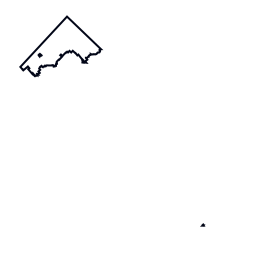 Unincorporated NSW, New South Wales, Australia, rotated 46°
{"feature_id": "25037944B59579883363479", "entity_name": "Unincorporated NSW", "entity_type": "district", "adm_level": 2, "iso_a3": "AUS", "parent_name": "Australia", "parent_adm1": "New South Wales", "projection": "orthographic", "projection_center": [147.013, -31.429], "detail": "fine", "context": "isolated", "style": "outline", "palette": "ink", "viewbox_px": 256, "rotation_deg": 46, "n_neighbors": 0, "source": "geoboundaries", "source_scale": "gbopen_adm2", "svg_char_len": 3294}
<svg xmlns="http://www.w3.org/2000/svg" viewBox="0 0 256 256"><g transform="rotate(46 128 128)"><path d="M52.4,92.7L5.5,94.5L9.3,163.0L12.7,163.2L12.7,162.9L13.3,162.9L13.3,163.3L13.8,163.3L14.2,157.3L16.5,157.5L16.4,158.9L22.8,159.3L22.5,158.4L23.6,158.5L23.6,158.8L24.5,158.8L25.2,158.9L25.2,159.0L25.5,159.0L25.5,158.8L25.8,158.9L25.9,158.7L25.9,158.8L26.1,158.8L26.1,158.6L26.1,158.4L26.0,158.2L26.3,158.0L26.3,157.8L26.3,157.7L26.5,157.7L26.8,157.5L26.8,157.4L27.0,157.3L27.0,157.2L27.2,156.9L27.1,156.7L27.0,156.3L26.9,156.2L27.0,156.2L26.9,156.1L26.9,155.9L27.0,155.8L27.1,155.7L26.9,155.7L26.9,155.8L26.9,155.6L27.0,155.6L26.9,155.6L27.0,155.5L27.1,155.4L26.9,155.3L26.9,155.2L26.7,155.2L26.8,155.1L27.0,154.9L26.9,154.8L26.9,154.7L26.9,154.4L26.7,154.2L26.7,154.3L26.6,154.2L26.9,153.9L27.0,153.7L26.9,153.6L27.0,153.5L27.1,153.4L27.1,153.2L25.1,153.1L25.2,151.7L25.2,150.8L23.6,150.7L23.4,150.0L23.2,149.6L23.3,149.5L23.3,149.4L23.2,149.1L23.3,148.8L23.0,148.6L23.1,147.8L23.2,147.0L24.8,147.1L25.1,147.0L25.0,146.7L24.9,146.7L25.0,146.7L25.1,146.4L25.2,146.2L25.2,145.8L25.3,145.6L25.6,145.5L25.5,144.5L26.2,144.6L26.5,144.4L26.5,143.0L28.4,141.1L30.6,138.8L30.4,138.6L31.0,138.1L31.3,138.0L31.6,138.3L31.8,138.3L31.8,138.5L32.2,138.8L32.8,138.0L32.3,137.6L32.8,136.9L33.2,136.6L32.2,135.6L32.3,135.1L32.1,135.1L31.7,134.8L31.9,134.5L32.2,134.3L30.8,133.2L30.7,130.4L31.1,130.3L30.9,126.1L28.6,126.2L28.6,125.2L30.7,125.1L30.5,121.9L30.5,120.5L30.8,120.5L30.8,118.8L32.0,118.7L31.9,116.5L34.2,116.4L34.1,114.1L37.8,113.9L37.8,113.7L40.6,114.0L40.7,112.7L46.7,113.3L46.7,113.1L48.0,113.1L47.9,113.6L47.8,113.8L49.0,113.9L48.7,114.7L48.8,114.8L49.2,115.3L49.6,115.0L49.6,114.9L50.2,114.5L50.0,114.3L52.1,112.6L50.3,112.4L50.6,109.8L48.3,109.6L48.2,109.5L48.3,109.4L48.5,109.3L48.7,109.1L48.8,108.9L49.0,108.8L49.1,108.6L49.1,108.4L49.1,108.2L49.1,107.9L49.1,107.7L49.1,107.4L49.2,107.1L49.3,107.0L49.2,106.9L49.3,106.8L49.2,106.7L49.2,106.4L49.1,106.2L49.0,105.9L48.9,105.8L48.8,105.7L48.9,105.3L49.0,105.3L49.0,105.2L49.2,104.7L49.0,104.4L49.2,104.1L49.2,103.8L49.1,103.7L49.5,103.7L49.8,103.3L49.9,103.2L49.9,102.9L50.0,102.9L50.3,102.7L50.4,102.4L50.5,102.2L50.9,101.8L51.0,101.8L51.2,101.5L51.2,101.4L51.3,101.4L51.5,101.2L51.6,100.9L51.8,100.8L52.0,100.7L52.3,100.4L52.3,100.2L52.5,100.0L52.5,99.9L52.6,99.7L52.8,99.5L52.8,99.3L52.8,99.1L52.9,98.8L52.9,98.5L52.9,98.4L52.8,98.2L52.7,98.1L52.6,97.7L52.8,97.3L52.8,97.2L53.0,97.1L53.2,96.9L53.3,96.7L53.2,96.7L53.3,96.5L53.4,96.4L53.5,96.3L53.4,96.2L53.5,95.8L53.5,95.7L53.6,95.3L53.6,95.2L53.4,94.8L53.2,94.6L53.1,94.4L52.8,94.4L52.7,94.4L52.4,94.5L52.1,94.4L51.9,94.1L51.9,93.8L52.0,93.5L52.0,93.4L52.0,93.2L52.2,92.9L52.3,92.8L52.4,92.7ZM13.5,140.7L13.5,139.9L15.4,139.7L15.5,139.7L15.4,140.0L15.5,140.1L15.3,140.2L15.3,140.4L15.2,140.7L15.3,141.6L14.5,141.7L14.5,141.8L14.4,141.8L14.5,141.9L14.4,141.9L14.2,141.8L14.2,141.7L13.5,141.7L13.3,141.4L13.5,141.2L13.5,140.7ZM250.0,141.1L250.2,141.4L250.1,141.5L250.1,141.8L250.0,142.0L249.9,142.1L250.0,142.2L250.0,142.3L250.1,142.2L250.3,142.0L250.3,141.9L250.5,141.8L250.5,141.7L250.4,141.8L250.5,141.7L250.4,141.7L250.2,141.4L250.2,141.2L250.1,140.9L249.8,140.9L249.7,140.9L249.7,141.0L249.8,141.0L250.0,141.1L250.0,141.1Z" fill="none" stroke="#020617" stroke-width="2"/></g></svg>